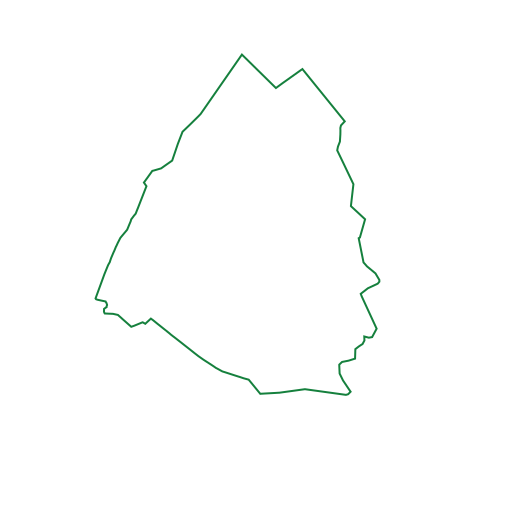 Sana'a City Outskirts - Hamdan, Sana'a, Yemen (Natural Earth projection), rotated 141°
{"feature_id": "15242507B72853055261657", "entity_name": "Sana'a City Outskirts - Hamdan", "entity_type": "district", "adm_level": 2, "iso_a3": "YEM", "parent_name": "Yemen", "parent_adm1": "Sana'a", "projection": "natural_earth1", "projection_center": [44.145, 15.413], "detail": "fine", "context": "isolated", "style": "outline", "palette": "green", "viewbox_px": 512, "rotation_deg": 141, "n_neighbors": 0, "source": "geoboundaries", "source_scale": "gbopen_adm2", "svg_char_len": 2202}
<svg xmlns="http://www.w3.org/2000/svg" viewBox="0 0 512 512"><g transform="rotate(141 256 256)"><path d="M243.6,113.9L237.4,121.1L233.0,121.0L229.9,120.7L228.7,120.5L224.9,122.1L222.5,125.3L219.7,121.5L216.8,119.9L208.0,123.6L199.3,157.9L198.4,160.7L189.3,160.5L178.8,157.9L176.3,158.4L175.2,159.8L174.1,167.3L176.3,178.2L176.3,179.2L176.4,181.7L176.5,183.3L165.0,205.2L163.6,205.0L148.1,215.9L149.6,226.4L150.8,234.6L150.8,235.1L135.1,250.5L129.9,272.2L126.4,287.0L123.5,289.4L118.8,292.1L114.1,297.2L111.5,300.3L109.9,302.4L107.8,304.0L102.3,304.8L102.3,327.9L102.3,333.3L102.3,333.8L102.3,346.3L102.3,354.9L102.3,372.1L126.5,373.6L128.5,373.7L134.8,374.0L140.2,421.4L209.7,401.2L213.0,400.8L225.2,399.6L234.9,398.8L246.2,392.3L254.9,386.8L261.1,382.9L269.9,383.5L274.6,383.8L282.0,386.9L283.0,387.4L296.9,383.6L297.2,379.2L313.0,370.2L317.2,367.8L320.1,366.2L322.9,364.6L325.6,364.1L326.7,363.8L329.9,363.0L330.3,362.7L330.7,362.5L331.0,362.2L331.8,361.7L335.0,360.0L337.0,358.9L339.6,357.5L348.3,355.8L349.7,355.5L350.1,355.4L354.4,353.5L355.3,353.1L355.9,352.8L358.1,351.7L358.9,351.4L362.9,349.2L364.4,348.5L366.1,347.6L369.1,346.0L370.2,345.4L372.7,343.8L373.4,343.3L376.2,342.2L377.4,341.6L380.5,339.9L385.2,337.3L407.4,324.0L407.5,323.1L406.8,321.9L404.5,319.0L401.5,315.3L401.7,314.7L401.7,313.8L402.0,313.2L402.1,312.8L402.3,312.1L402.6,311.6L403.8,310.9L404.3,310.3L404.9,310.4L406.5,310.5L407.4,310.5L407.9,309.9L409.2,308.4L409.4,307.9L409.6,307.2L409.7,306.5L406.8,303.9L405.3,302.6L403.5,301.0L400.4,297.1L399.7,292.9L399.6,292.5L399.6,292.1L397.5,279.5L394.7,278.5L388.0,276.5L386.3,276.0L385.8,275.8L384.7,273.0L377.1,273.5L376.4,270.9L375.1,264.7L374.9,263.9L371.9,250.2L371.7,248.9L370.9,245.4L370.7,244.7L369.1,237.8L368.7,236.1L367.9,232.5L366.3,225.5L364.9,219.2L364.4,217.1L363.8,214.5L362.1,208.5L358.8,198.4L358.1,196.1L357.6,194.3L356.9,192.7L354.8,187.5L353.0,184.8L347.8,176.8L345.3,173.0L345.0,172.6L342.6,168.8L339.5,164.5L339.5,163.9L339.4,146.2L338.5,145.6L323.8,135.0L301.8,121.7L273.5,91.5L271.4,90.6L267.9,91.0L267.7,93.3L266.7,104.5L265.0,112.0L260.2,118.5L259.6,119.2L255.8,119.5L249.9,116.4L243.6,113.9Z" fill="none" stroke="#15803d" stroke-width="2"/></g></svg>